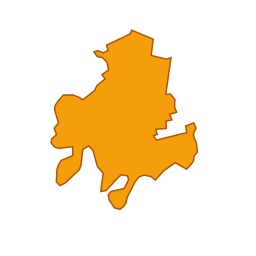 the district of Novo Tiradentes, Rio Grande do Sul, Brazil, rotated 126°
{"feature_id": "56859067B80208552763127", "entity_name": "Novo Tiradentes", "entity_type": "district", "adm_level": 2, "iso_a3": "BRA", "parent_name": "Brazil", "parent_adm1": "Rio Grande do Sul", "projection": "robinson", "projection_center": [-53.157, -27.557], "detail": "fine", "context": "isolated", "style": "filled", "palette": "amber", "viewbox_px": 256, "rotation_deg": 126, "n_neighbors": 0, "source": "geoboundaries", "source_scale": "gbopen_adm2", "svg_char_len": 1310}
<svg xmlns="http://www.w3.org/2000/svg" viewBox="0 0 256 256"><g transform="rotate(126 128 128)"><path d="M186.5,176.3L185.1,172.0L175.7,161.8L182.8,156.5L193.5,163.0L199.4,162.4L203.7,160.9L213.7,154.3L214.6,149.1L209.1,146.4L190.5,142.9L186.5,143.8L171.9,151.9L165.6,149.3L166.7,143.2L177.1,130.1L179.2,121.4L188.5,116.6L195.3,112.6L191.3,108.9L176.2,107.2L170.1,106.2L167.0,100.3L169.7,97.0L179.3,95.6L189.3,104.5L193.9,104.6L197.2,101.0L200.6,92.1L198.4,86.6L193.7,85.4L189.3,85.8L184.6,87.9L167.4,90.6L161.0,90.4L156.7,87.3L153.7,80.8L154.1,75.4L148.9,74.7L141.9,74.0L128.3,69.5L126.9,56.5L122.2,55.7L116.3,55.6L111.5,58.2L106.7,57.7L99.3,64.5L97.0,69.0L93.9,71.9L88.1,72.9L85.2,77.9L92.6,82.5L97.4,77.6L100.8,80.9L121.2,97.9L119.3,102.9L116.0,100.6L112.7,104.8L105.9,96.7L100.2,101.3L95.6,97.2L92.5,102.4L86.7,97.9L83.6,102.7L77.4,106.7L75.6,113.6L78.6,117.2L45.8,134.6L49.7,137.3L55.7,151.9L41.4,159.8L46.7,182.5L50.5,181.4L73.5,194.1L77.1,189.7L81.8,192.3L83.2,197.9L86.5,200.2L88.3,194.7L86.0,189.7L87.3,183.6L92.5,177.8L100.1,180.5L101.8,175.4L111.9,178.1L117.4,177.0L131.7,181.1L131.9,185.7L133.7,192.1L139.4,199.7L147.0,200.4L152.5,200.2L156.2,198.3L160.0,193.5L164.6,187.2L171.5,187.6L175.3,182.0L181.8,183.2L185.2,181.5L186.5,176.3Z" fill="#f59e0b" stroke="#b45309" stroke-width="1.5"/></g></svg>